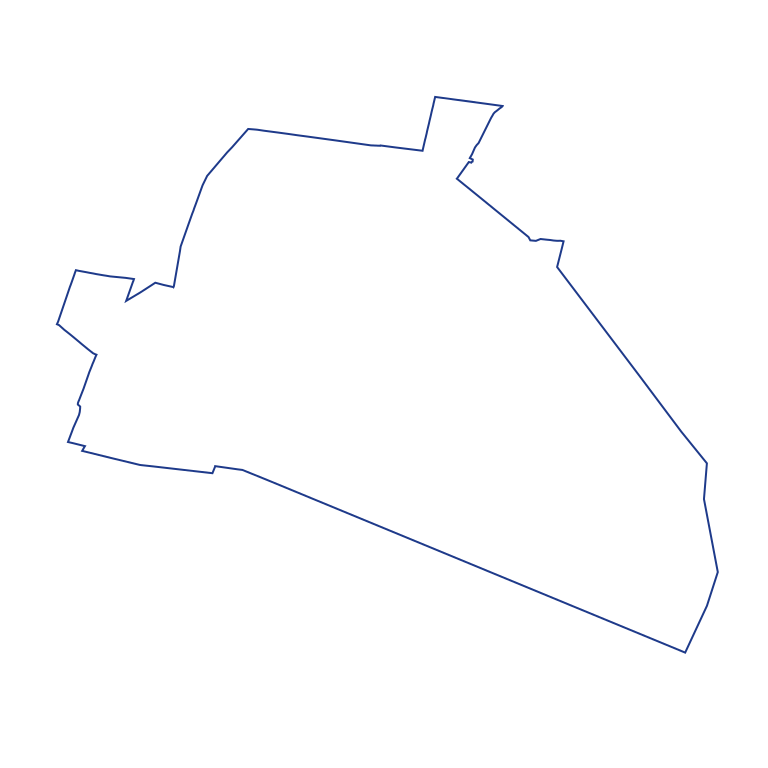 outline of Santa María del Tule, Oaxaca, Mexico, rotated 267°
{"feature_id": "50627088B60883552057189", "entity_name": "Santa María del Tule", "entity_type": "district", "adm_level": 2, "iso_a3": "MEX", "parent_name": "Mexico", "parent_adm1": "Oaxaca", "projection": "equal_earth", "projection_center": [-96.623, 17.031], "detail": "fine", "context": "isolated", "style": "outline", "palette": "blue", "viewbox_px": 768, "rotation_deg": 267, "n_neighbors": 0, "source": "geoboundaries", "source_scale": "gbopen_adm2", "svg_char_len": 2213}
<svg xmlns="http://www.w3.org/2000/svg" viewBox="0 0 768 768"><g transform="rotate(267 384 384)"><path d="M645.8,261.7L628.4,244.7L623.5,239.5L601.1,218.3L591.9,213.2L574.1,205.7L568.8,203.4L567.4,202.9L564.1,201.4L553.5,197.0L531.9,188.1L527.4,187.2L492.7,179.3L491.7,178.8L491.8,178.7L494.4,169.3L497.1,160.9L494.7,156.8L488.1,145.3L480.5,130.9L499.3,138.7L499.8,139.0L501.9,139.8L503.5,131.6L505.8,116.1L506.6,112.6L507.3,109.2L508.1,105.7L508.8,102.5L509.6,99.4L510.4,95.9L511.2,92.7L513.0,85.1L513.8,82.3L510.6,80.9L510.2,80.8L502.2,77.5L498.4,75.9L498.1,75.7L487.3,71.4L476.8,67.2L472.8,65.6L463.3,61.8L460.8,60.5L459.8,62.6L454.8,67.6L452.9,69.8L449.9,73.2L445.5,78.0L439.8,84.1L434.4,90.0L430.0,95.0L428.9,97.0L428.3,98.4L426.0,97.2L421.9,95.3L420.9,94.8L419.1,93.9L417.9,93.4L417.0,93.0L411.2,90.3L408.7,89.3L395.0,83.7L387.3,80.2L383.7,78.6L382.8,78.1L381.6,77.6L380.8,77.3L379.5,77.2L378.5,78.3L377.9,78.9L377.4,79.4L375.8,79.3L372.0,78.7L369.0,77.8L356.6,71.5L353.1,70.0L342.6,65.4L341.2,70.3L337.6,82.1L336.6,81.4L333.0,79.1L324.3,107.9L316.0,135.8L315.7,137.3L313.8,149.1L303.9,208.0L310.3,211.0L310.8,211.1L306.4,233.6L305.6,238.1L293.9,263.1L100.0,670.7L145.6,694.9L178.7,707.5L252.3,697.5L287.9,702.3L320.8,678.4L380.0,638.7L491.3,563.3L491.8,563.0L510.5,568.8L517.1,570.8L517.8,567.8L518.0,563.9L518.4,560.9L519.1,557.5L519.6,554.1L520.6,547.9L519.0,543.2L519.8,537.6L523.2,536.0L571.6,482.6L585.2,467.5L585.4,467.7L601.2,480.3L600.9,481.4L600.6,482.5L600.8,482.5L601.5,484.1L603.5,484.4L605.1,481.5L608.8,483.9L615.4,487.2L617.8,489.1L619.5,490.9L619.9,491.2L644.0,504.8L644.6,505.2L645.4,505.7L645.5,505.8L647.2,506.9L648.2,507.5L649.6,508.9L650.2,509.8L650.8,510.7L651.3,511.4L651.8,512.1L652.4,512.9L653.0,513.7L654.1,515.5L654.7,516.3L655.2,516.9L655.4,517.0L658.4,501.2L668.0,450.1L661.2,448.1L659.9,447.8L657.6,447.1L655.7,446.5L652.6,445.6L649.7,444.8L647.3,444.1L644.3,443.2L641.7,442.5L639.4,441.8L634.0,440.2L632.0,439.7L630.0,439.1L627.6,438.4L625.8,437.8L614.9,434.7L619.7,407.5L622.4,392.9L622.1,392.7L623.0,383.3L629.9,347.8L635.1,320.5L636.9,310.8L638.6,302.2L640.7,291.1L643.2,277.5L644.5,271.1L644.8,269.2L645.8,261.7Z" fill="none" stroke="#1e3a8a" stroke-width="2"/></g></svg>